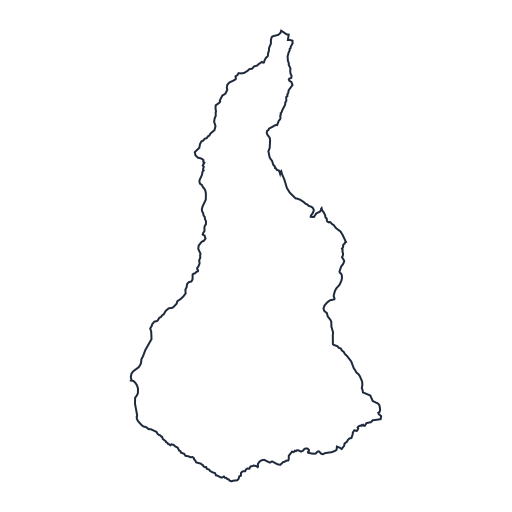 Tuquerres, Nariño, Colombia
{"feature_id": "7082276B96517824635471", "entity_name": "Tuquerres", "entity_type": "district", "adm_level": 2, "iso_a3": "COL", "parent_name": "Colombia", "parent_adm1": "Nariño", "projection": "mercator", "projection_center": [-77.634, 1.163], "detail": "fine", "context": "isolated", "style": "outline", "palette": "slate", "viewbox_px": 512, "rotation_deg": 0, "n_neighbors": 0, "source": "geoboundaries", "source_scale": "gbopen_adm2", "svg_char_len": 6060}
<svg xmlns="http://www.w3.org/2000/svg" viewBox="0 0 512 512"><path d="M345.9,241.9L342.6,234.9L340.5,231.5L336.1,228.2L333.6,225.0L332.2,224.2L330.2,222.1L329.7,221.9L328.8,222.4L327.3,221.5L326.9,220.8L326.7,218.5L325.5,217.5L325.2,215.4L323.6,212.1L322.2,210.6L321.6,208.2L321.1,208.9L321.0,210.0L320.0,211.6L316.3,213.4L313.9,217.0L310.7,216.8L310.9,215.7L312.8,213.0L313.7,210.8L313.7,209.6L312.7,207.8L311.4,206.8L308.4,205.7L307.5,204.6L305.6,203.8L303.8,202.1L300.3,199.8L296.8,198.5L295.6,198.4L289.8,192.7L286.9,188.0L284.3,179.4L281.9,173.9L281.2,171.1L280.6,171.7L280.1,173.8L279.2,170.9L278.4,170.3L276.8,169.9L275.9,168.3L275.0,168.0L274.8,166.3L273.3,164.9L272.1,161.0L270.0,158.1L269.5,156.8L268.4,151.3L269.7,148.0L270.1,140.2L269.7,137.8L267.4,134.7L266.8,133.2L266.8,132.0L267.1,130.9L268.4,130.1L268.9,128.7L275.7,125.0L277.1,125.1L278.8,120.7L280.1,119.3L280.5,118.0L280.2,115.8L280.8,114.9L280.6,113.3L281.4,112.7L282.4,110.0L285.1,104.7L285.3,102.4L286.3,100.9L286.2,97.1L287.4,96.1L287.3,94.4L288.1,93.4L288.7,90.2L292.5,85.0L291.4,82.0L289.5,80.9L288.8,79.6L289.3,78.6L291.2,78.0L291.6,76.1L290.4,73.2L290.2,70.2L290.5,68.7L288.7,64.6L288.8,63.1L287.9,60.8L287.6,56.5L288.6,52.6L289.6,50.6L289.7,48.9L290.6,48.1L290.8,46.6L292.6,43.3L292.5,40.7L290.1,40.0L287.9,40.0L288.7,34.6L286.7,34.4L281.2,30.7L280.5,32.8L278.4,34.8L272.5,36.4L271.6,37.3L270.9,40.2L270.9,43.6L269.1,47.9L268.9,51.0L268.2,52.7L267.9,55.6L267.5,56.5L266.0,57.7L264.6,60.3L263.9,62.5L263.1,62.7L261.9,61.9L258.5,64.2L257.1,65.6L254.1,66.4L252.1,68.7L249.4,69.1L247.6,70.8L244.2,72.9L241.5,73.4L238.5,73.2L237.5,75.0L235.5,76.4L235.9,78.7L235.6,79.2L234.0,80.3L229.5,82.4L227.3,84.8L226.8,87.8L227.3,89.7L225.4,93.7L222.3,95.6L220.0,100.1L219.9,100.9L220.2,101.5L219.1,103.0L215.7,105.3L215.5,108.5L216.0,111.3L215.7,112.6L215.7,116.0L214.7,118.1L214.1,121.6L215.5,126.1L214.5,130.1L210.4,133.6L209.3,135.6L208.1,136.2L206.6,138.2L204.7,138.7L203.1,140.7L201.4,141.4L200.0,144.1L199.3,147.8L194.8,152.1L195.5,155.4L198.1,157.8L200.3,158.2L202.5,159.2L203.5,160.2L203.2,161.7L204.4,162.6L203.5,164.3L203.2,164.3L202.8,165.6L203.8,166.9L203.0,169.3L203.6,170.5L203.0,170.8L202.5,171.9L202.0,174.8L199.6,180.0L199.4,181.8L200.0,183.7L201.9,185.0L203.2,187.5L204.3,188.6L205.4,190.9L205.9,193.9L205.8,199.6L202.6,206.4L201.8,209.3L202.3,211.8L203.1,213.0L203.6,215.5L204.8,217.1L204.9,218.8L206.0,221.3L205.9,224.3L205.0,225.5L204.4,227.3L204.5,231.0L203.1,233.1L202.7,234.6L204.6,235.6L205.5,238.6L203.6,241.1L202.6,241.2L201.2,242.3L198.6,245.7L198.3,249.1L200.5,253.7L200.1,255.5L200.3,257.5L199.1,260.6L199.6,262.8L199.4,263.9L198.4,266.5L197.2,267.9L197.2,269.0L198.1,270.4L197.9,271.3L196.5,271.8L194.8,273.5L193.4,273.7L192.6,274.5L192.6,278.6L192.2,280.2L191.3,281.5L188.7,282.2L187.1,284.0L186.6,287.2L185.4,289.6L185.6,293.5L183.2,296.6L181.0,298.7L177.3,301.3L176.7,303.6L173.3,307.2L172.1,307.9L168.7,308.3L165.6,311.0L163.8,314.2L161.9,315.6L161.0,317.0L159.4,317.7L157.6,320.6L156.9,321.1L154.4,321.6L152.2,324.2L151.7,326.0L150.2,328.5L151.2,331.6L151.5,339.1L145.3,350.1L143.1,356.0L141.4,359.3L141.0,363.1L140.1,365.1L138.7,367.2L133.1,371.4L131.4,373.8L130.8,377.1L131.4,379.5L130.9,380.5L133.4,381.0L135.2,382.6L136.9,385.2L138.0,388.6L137.9,393.2L136.8,395.5L135.1,397.8L135.0,403.8L137.1,415.1L137.1,416.1L136.7,416.7L136.9,418.9L138.0,421.1L141.3,424.8L143.3,426.4L146.4,427.3L148.5,429.1L150.8,429.2L156.5,431.9L157.4,433.6L158.8,434.9L160.5,435.5L161.4,436.7L162.2,436.9L162.8,439.0L165.7,441.2L166.1,442.2L167.4,442.8L168.1,444.0L169.5,444.5L170.3,445.3L171.5,444.3L173.8,445.0L175.1,446.3L177.7,447.7L179.1,450.5L180.5,451.2L180.9,452.6L184.0,453.7L185.5,455.8L188.3,456.3L190.8,457.3L192.2,457.0L193.1,457.4L194.0,458.4L194.1,459.4L195.3,460.5L196.2,462.4L201.0,463.7L202.0,464.7L203.1,465.3L203.4,466.3L205.0,467.2L206.2,467.1L206.8,468.8L209.1,469.6L209.9,470.8L212.2,472.2L215.1,473.2L216.0,475.4L217.0,475.5L221.3,477.6L222.3,477.4L223.9,476.5L225.0,477.8L226.3,477.9L227.3,479.1L228.6,479.3L229.5,480.6L231.6,481.3L233.1,480.7L237.2,480.3L238.5,479.0L239.3,476.3L240.9,475.7L241.0,473.0L241.9,471.9L242.9,471.3L245.2,471.2L245.8,469.7L247.3,468.5L249.4,468.7L250.1,467.0L250.7,466.4L252.5,466.1L253.8,465.5L256.4,466.2L257.7,467.1L258.0,466.4L257.8,464.2L259.1,462.1L260.3,461.0L262.4,460.0L264.3,459.9L269.3,462.4L270.3,462.5L271.5,461.6L272.3,461.5L277.5,464.3L280.3,464.8L283.1,462.1L284.6,461.8L286.0,460.7L288.2,460.5L288.7,459.6L288.8,455.7L292.1,451.6L293.6,452.1L295.0,450.7L295.9,451.2L296.8,450.3L298.4,450.3L300.9,451.6L303.0,450.7L304.5,448.8L307.0,448.4L308.4,449.3L309.0,450.2L309.0,450.8L307.9,452.1L308.2,452.8L312.8,453.7L315.7,453.6L317.1,452.0L318.5,451.3L319.0,451.4L321.4,453.9L322.9,454.2L325.1,453.1L332.1,452.1L335.5,450.6L336.6,449.7L336.9,446.6L340.0,447.8L341.6,449.0L344.2,445.7L344.5,443.6L347.0,441.6L347.9,439.9L349.7,438.3L351.4,438.1L352.8,433.9L352.8,432.6L354.2,430.4L354.9,430.3L356.4,431.0L357.2,430.6L358.2,428.6L357.6,427.5L358.1,426.8L359.6,425.8L361.1,425.8L361.5,425.1L362.6,425.5L363.1,424.8L364.0,425.8L364.8,425.8L366.5,423.1L370.9,422.2L372.7,420.3L380.6,419.2L381.2,416.2L378.8,414.1L378.3,412.7L379.6,411.9L380.0,410.7L380.0,408.3L379.4,405.3L378.1,403.6L372.7,401.0L370.3,395.5L362.9,392.4L362.5,389.7L361.8,388.2L362.4,384.6L362.1,381.5L359.9,376.3L358.5,374.2L356.6,372.7L353.6,367.8L351.2,361.4L347.0,356.0L344.9,354.0L343.8,352.0L341.8,350.4L340.9,348.6L338.6,347.7L337.4,346.2L333.7,344.9L332.9,344.1L332.8,335.1L333.1,332.5L331.4,326.6L331.3,321.9L330.5,320.0L327.7,316.4L326.9,313.1L324.4,311.1L323.7,309.4L323.6,308.1L324.5,305.5L327.2,302.4L330.0,300.3L334.4,299.3L334.4,297.8L333.7,296.4L333.7,295.6L334.8,291.3L336.2,288.5L339.6,284.7L341.3,280.9L341.9,278.7L341.9,275.6L341.2,273.8L339.8,272.7L339.5,271.4L341.2,266.4L343.0,264.2L344.2,261.4L344.0,260.4L342.0,257.2L342.8,255.7L343.0,254.7L342.9,252.9L342.4,251.5L342.7,250.1L341.9,248.7L342.8,247.8L343.2,246.6L343.0,245.6L343.7,244.2L344.6,243.7L345.3,242.0L345.9,241.9Z" fill="none" stroke="#1e293b" stroke-width="2"/></svg>